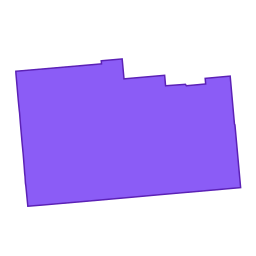 Washington, Utah, United States of America (Robinson projection), rotated 355°
{"feature_id": "52423323B49385096596015", "entity_name": "Washington", "entity_type": "district", "adm_level": 2, "iso_a3": "USA", "parent_name": "United States of America", "parent_adm1": "Utah", "projection": "robinson", "projection_center": [-113.676, 37.309], "detail": "fine", "context": "isolated", "style": "filled", "palette": "violet", "viewbox_px": 256, "rotation_deg": 355, "n_neighbors": 0, "source": "geoboundaries", "source_scale": "gbopen_adm2", "svg_char_len": 634}
<svg xmlns="http://www.w3.org/2000/svg" viewBox="0 0 256 256"><g transform="rotate(355 128 128)"><path d="M235.0,197.2L234.8,134.2L234.4,133.4L234.3,85.2L209.2,85.3L209.2,90.9L189.8,91.0L189.0,89.5L169.1,89.2L169.1,78.7L131.8,78.7L128.3,78.7L128.2,58.7L107.2,58.7L107.2,61.8L21.2,61.7L21.1,64.4L21.1,81.2L21.1,81.4L21.1,84.7L21.1,87.0L21.1,91.4L21.2,100.6L21.3,103.6L21.2,114.2L21.2,114.3L21.2,131.5L21.2,133.5L21.3,144.9L21.2,158.6L21.1,164.3L21.2,167.2L21.0,174.0L21.2,176.9L21.2,177.5L21.4,197.2L37.1,197.3L112.8,197.3L124.5,197.3L154.6,197.2L222.5,197.2L235.0,197.2Z" fill="#8b5cf6" stroke="#5b21b6" stroke-width="1.5"/></g></svg>